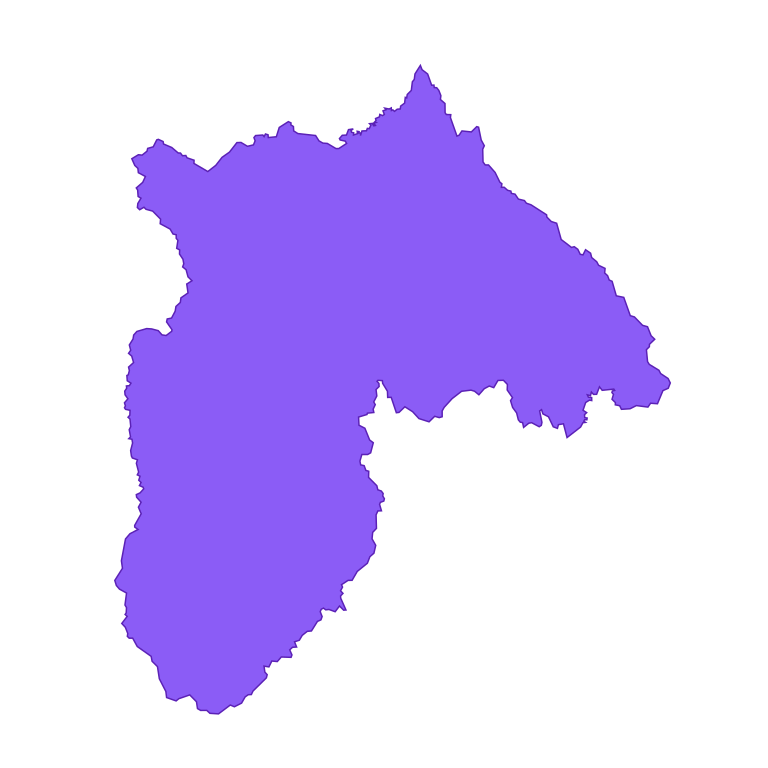 outline of Thong Pha Phum, Kanchanaburi, Thailand, rotated 175°
{"feature_id": "78962969B24065395096407", "entity_name": "Thong Pha Phum", "entity_type": "district", "adm_level": 2, "iso_a3": "THA", "parent_name": "Thailand", "parent_adm1": "Kanchanaburi", "projection": "orthographic", "projection_center": [98.674, 14.859], "detail": "fine", "context": "isolated", "style": "filled", "palette": "violet", "viewbox_px": 768, "rotation_deg": 175, "n_neighbors": 0, "source": "geoboundaries", "source_scale": "gbopen_adm2", "svg_char_len": 6152}
<svg xmlns="http://www.w3.org/2000/svg" viewBox="0 0 768 768"><g transform="rotate(175 384 384)"><path d="M652.7,144.0L639.7,133.0L639.2,128.0L634.3,122.2L633.5,109.9L628.1,96.7L627.9,90.6L618.7,86.4L615.8,88.4L604.6,91.2L598.5,83.8L598.1,76.9L595.1,74.8L589.0,74.3L586.1,71.1L577.6,69.8L565.1,77.6L561.2,75.5L553.7,78.5L549.6,84.4L546.3,86.3L543.2,86.2L541.3,89.5L526.8,101.5L525.7,104.6L527.8,107.4L528.1,113.4L523.3,112.2L519.9,117.8L514.5,116.8L510.1,121.0L500.4,119.8L499.3,122.1L501.1,127.4L498.1,129.7L494.0,129.6L495.6,135.0L490.7,136.1L487.4,140.7L482.0,144.3L477.8,144.3L471.0,153.3L467.4,154.5L465.9,157.7L467.4,162.8L466.1,165.1L463.8,166.0L461.7,164.1L458.5,164.2L452.5,161.4L447.7,166.7L443.9,162.2L441.6,162.2L445.8,174.4L445.7,176.7L443.1,179.0L445.3,181.8L443.0,185.3L443.8,187.8L436.9,191.5L432.9,191.2L427.0,199.6L416.2,206.9L413.1,213.2L408.8,216.3L406.3,224.0L409.4,230.8L408.2,237.2L404.1,240.8L403.3,254.3L401.2,258.1L397.6,257.9L398.9,264.6L397.9,266.4L394.4,267.4L393.6,269.7L395.0,272.5L394.4,275.0L396.0,277.6L399.4,279.2L400.0,283.3L407.5,292.3L406.8,298.4L409.6,299.5L410.9,304.4L414.3,305.5L414.7,309.3L412.2,315.7L406.4,315.2L403.3,316.6L399.8,326.4L403.2,329.5L406.9,341.6L412.5,345.1L412.2,353.3L403.6,355.1L403.1,356.4L396.6,356.5L397.0,359.9L394.5,364.2L395.8,367.0L392.2,372.7L392.4,379.2L389.1,381.9L389.0,385.0L390.7,387.3L389.7,388.2L385.3,387.5L385.3,384.8L381.2,376.5L381.5,370.3L378.0,370.1L374.2,354.3L371.5,354.4L365.2,359.5L357.9,353.9L352.2,346.5L342.4,342.4L336.3,347.4L331.9,345.7L328.9,346.3L328.4,352.1L326.1,355.5L317.4,363.5L307.3,370.0L297.9,370.3L294.4,368.9L290.4,365.0L284.5,370.6L279.3,372.8L275.0,370.8L270.2,377.6L264.7,377.3L261.1,372.8L261.8,367.3L257.2,359.2L259.4,356.4L257.9,349.4L254.4,343.6L253.3,336.6L251.6,334.1L249.3,333.5L248.7,328.6L243.2,332.3L240.3,332.6L233.1,327.9L230.9,329.1L230.0,332.0L231.3,343.6L229.3,344.7L228.3,340.4L223.0,337.0L219.1,326.6L215.1,324.7L213.8,328.3L208.7,328.7L206.3,314.7L191.9,324.0L189.2,328.1L186.6,328.2L188.2,329.5L187.3,330.9L185.0,330.7L184.6,332.4L187.0,333.0L186.9,336.0L184.6,337.8L188.0,340.5L184.7,348.0L180.7,350.0L178.5,349.4L178.3,352.4L181.5,353.0L182.4,355.5L179.3,354.4L178.1,357.9L176.2,355.4L173.1,355.2L169.6,362.4L167.2,358.7L155.5,358.9L154.8,357.5L157.1,357.2L157.7,355.6L156.3,353.7L158.2,348.9L155.1,345.3L155.4,343.1L151.1,341.8L149.7,338.1L141.0,337.9L134.5,340.5L123.1,338.0L120.1,341.6L113.3,340.5L106.7,353.1L101.2,355.0L98.7,360.1L100.5,364.7L107.5,370.3L108.9,373.7L118.0,380.4L119.5,383.3L119.6,395.3L116.4,398.0L116.1,400.4L110.4,405.0L113.7,408.8L116.5,418.1L121.3,419.9L128.7,429.0L132.7,430.6L137.6,449.4L144.9,451.6L147.8,466.4L150.6,468.0L151.8,472.4L154.5,475.4L153.7,479.9L159.9,483.6L161.4,487.2L166.1,491.9L166.8,496.3L171.5,500.2L174.5,495.3L177.2,496.1L179.2,501.3L182.5,504.2L185.3,503.7L194.9,512.5L198.0,529.1L203.2,531.3L207.2,536.1L207.3,538.4L221.9,549.7L226.4,551.7L228.1,554.5L234.0,556.5L236.9,561.7L240.5,562.8L240.8,565.1L244.0,566.2L247.1,569.5L249.9,569.7L249.1,573.2L251.0,575.0L254.9,585.1L260.8,593.1L264.1,593.4L266.0,596.6L265.2,609.3L263.3,612.6L265.9,618.6L267.4,631.6L269.2,632.3L275.0,627.5L284.3,629.3L287.5,625.3L289.7,624.6L294.6,643.6L294.0,646.5L298.4,647.0L299.5,648.9L298.8,658.1L303.0,662.5L302.2,666.3L303.8,671.7L305.7,674.6L308.1,674.9L308.2,677.4L310.5,677.5L313.5,689.0L318.7,693.8L320.0,698.2L326.1,690.2L327.3,684.8L329.4,682.6L331.2,674.1L335.6,670.4L336.5,667.0L337.8,667.7L339.0,662.0L343.2,659.4L343.8,656.6L346.9,656.6L349.8,654.7L351.3,656.3L352.8,655.8L352.7,658.4L354.9,657.5L359.1,658.7L358.0,657.1L361.2,656.2L360.2,652.5L362.0,651.5L364.7,652.9L365.3,650.5L369.3,649.2L369.0,647.1L370.5,645.8L369.3,645.2L371.5,644.8L370.0,642.3L371.7,642.1L373.0,644.6L375.7,644.6L374.5,643.0L376.4,639.7L378.3,640.1L379.4,637.8L383.9,638.0L385.8,633.5L385.4,636.1L387.6,636.3L386.9,637.6L388.7,638.1L388.6,635.7L392.7,634.7L392.3,636.9L394.4,637.6L394.8,639.4L392.4,640.8L397.2,640.5L399.7,635.3L403.9,635.4L407.0,632.4L406.4,630.9L401.4,629.3L400.3,626.9L408.5,622.5L411.3,622.7L419.5,628.6L423.9,629.3L427.6,631.9L430.5,637.5L448.0,641.0L451.9,644.0L451.8,648.4L454.2,650.3L453.9,652.2L456.4,653.7L466.0,648.7L469.7,639.7L477.8,639.6L477.8,642.4L480.3,643.4L481.9,640.9L483.0,642.6L490.3,642.7L492.1,640.8L491.2,637.5L493.2,633.6L499.3,632.7L505.4,637.1L509.5,637.3L517.7,628.5L525.6,623.9L532.5,616.5L541.0,611.0L554.1,620.3L553.7,623.5L560.5,626.5L561.5,628.9L564.9,629.0L566.6,631.8L568.9,632.1L574.8,638.1L582.7,642.3L582.9,644.8L587.5,647.4L589.1,647.0L593.2,640.4L598.9,639.3L599.8,636.6L605.0,633.1L608.7,633.8L615.6,630.4L613.2,623.4L610.4,620.3L610.3,615.9L603.6,611.5L606.8,605.9L613.7,600.9L612.5,598.7L612.6,592.2L609.9,590.3L613.5,585.3L614.3,581.3L612.2,578.9L607.7,581.0L605.9,578.8L599.4,576.4L592.2,567.7L593.0,563.2L583.6,557.0L581.1,551.8L578.0,550.8L578.3,547.2L576.8,545.1L578.7,537.2L575.9,535.4L576.4,531.3L573.4,525.8L573.0,521.2L574.4,518.2L571.2,515.1L569.9,507.8L566.3,503.6L571.8,500.8L571.3,491.8L578.8,487.5L579.8,483.0L584.5,479.4L585.7,474.7L589.9,468.2L594.3,467.7L595.2,464.8L590.5,456.6L590.9,455.0L596.8,451.3L600.9,452.3L604.2,456.8L610.6,459.1L615.6,459.9L625.6,457.9L629.1,454.6L630.1,450.7L634.3,445.1L633.4,439.7L635.8,436.8L632.9,433.8L631.6,427.2L637.0,423.1L636.5,419.5L638.0,415.4L639.4,414.9L639.5,409.6L636.0,406.9L637.8,404.6L640.8,404.5L640.7,402.2L642.9,399.5L642.9,395.8L640.4,391.6L644.2,387.9L643.5,384.7L644.6,383.0L643.7,381.3L639.3,379.9L639.9,375.1L641.9,373.2L640.1,371.2L640.0,363.6L641.8,360.7L641.1,353.4L643.0,351.8L639.9,350.9L639.6,347.1L642.2,339.8L641.9,334.2L641.1,332.2L636.2,330.0L637.6,326.6L636.1,317.6L637.7,315.0L635.1,313.4L636.7,309.5L634.6,307.1L636.5,304.1L633.0,302.2L632.5,300.5L636.5,296.8L640.4,295.4L640.3,292.8L636.3,287.4L639.4,282.7L637.2,275.9L644.7,264.9L644.8,263.2L641.7,260.5L650.1,257.0L655.0,252.2L661.0,230.8L660.6,223.2L669.3,211.8L668.2,206.6L665.4,202.7L658.7,198.2L661.3,186.4L660.0,183.7L660.8,178.4L662.0,177.0L660.1,174.9L666.1,168.3L662.9,164.2L661.0,157.8L661.7,155.0L660.0,153.0L656.5,152.7L652.7,144.0Z" fill="#8b5cf6" stroke="#5b21b6" stroke-width="1.5"/></g></svg>